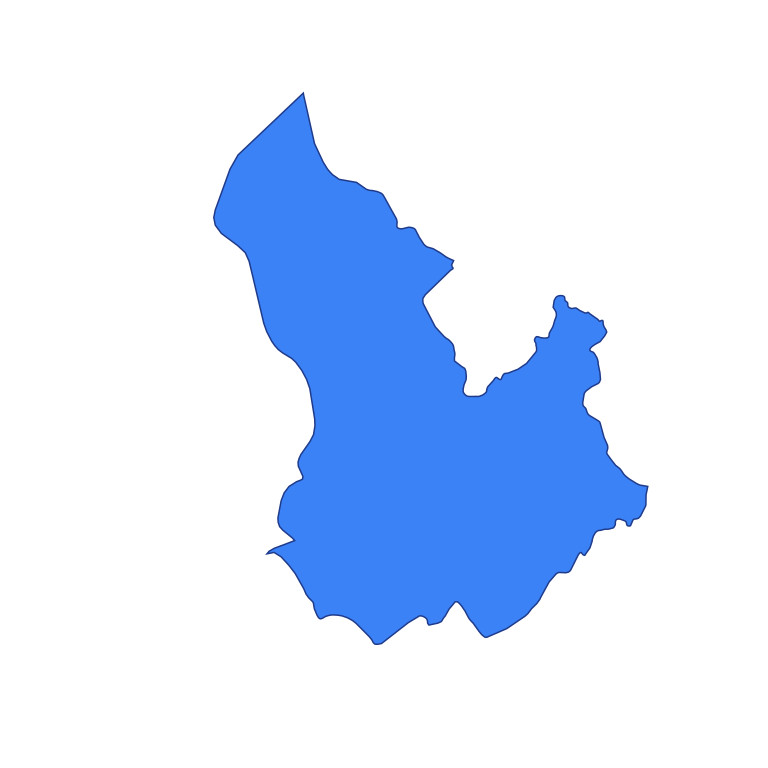 outline of Faryab, rotated 318°
{"feature_id": "AFG-1745", "entity_name": "Faryab", "entity_type": "Province", "adm_level": 1, "iso_a3": "AFG", "parent_name": "Afghanistan", "parent_adm1": "", "projection": "natural_earth1", "projection_center": [65.119, 36.214], "detail": "fine", "context": "isolated", "style": "filled", "palette": "blue", "viewbox_px": 768, "rotation_deg": 318, "n_neighbors": 0, "source": "natural_earth", "source_scale": "10m", "svg_char_len": 5487}
<svg xmlns="http://www.w3.org/2000/svg" viewBox="0 0 768 768"><g transform="rotate(318 384 384)"><path d="M358.2,216.7L365.9,202.5L368.8,193.6L367.9,183.3L363.9,163.3L364.9,153.1L368.9,146.4L375.0,141.8L413.3,121.3L428.9,116.1L518.7,113.8L517.5,115.7L493.2,158.9L487.3,178.3L485.8,186.5L485.7,190.3L485.8,194.0L487.6,201.9L498.5,215.8L501.0,226.9L501.6,228.3L503.0,230.6L504.6,232.2L507.5,236.1L508.8,238.6L509.7,240.8L509.8,242.3L509.7,243.4L508.3,249.8L506.4,257.8L503.8,269.3L503.2,270.7L501.9,272.7L500.7,273.7L499.1,275.4L498.6,276.4L498.7,277.4L499.3,278.6L500.2,279.8L501.5,280.9L506.9,283.8L508.1,284.9L509.2,286.2L510.3,288.1L510.6,289.3L510.6,290.3L508.4,298.5L507.1,306.8L507.3,309.1L507.8,311.1L511.1,316.4L513.7,324.7L515.0,330.6L515.9,333.3L518.3,338.9L514.0,340.7L513.0,342.7L512.9,344.0L512.4,344.4L511.8,344.4L509.4,344.0L474.4,345.3L470.3,346.4L469.2,347.4L467.6,349.3L466.8,351.0L460.3,375.9L460.4,388.2L460.6,390.3L460.9,392.0L461.4,393.4L461.7,395.0L461.8,397.0L461.7,400.0L461.3,401.7L460.6,403.0L458.9,405.6L457.4,408.3L456.7,409.2L455.0,410.8L454.1,411.4L451.8,414.0L453.4,422.9L454.4,426.3L454.1,427.5L453.3,429.3L450.5,433.1L449.2,434.5L448.1,435.5L447.2,436.1L443.0,438.1L439.6,440.6L438.3,441.9L437.5,443.1L437.2,444.4L437.1,445.7L437.2,447.0L437.5,448.1L437.9,449.0L439.0,450.3L440.1,451.3L446.3,456.8L449.9,458.2L452.5,458.5L453.9,458.5L455.1,458.2L457.2,456.5L459.2,455.5L467.7,454.6L470.0,454.0L471.0,454.0L471.8,454.2L472.2,454.8L472.4,455.5L472.7,457.3L473.3,458.5L474.0,458.8L474.7,458.7L476.8,457.6L478.9,456.9L480.0,456.8L480.8,457.0L482.6,458.3L483.7,459.0L493.5,462.7L503.7,464.1L518.2,461.9L519.3,461.5L520.1,460.9L521.6,459.2L522.7,457.2L523.8,455.8L524.2,455.1L524.4,454.4L524.5,453.5L524.9,452.6L525.5,451.8L527.1,451.0L528.2,450.8L529.0,450.9L529.6,451.4L530.2,452.1L531.2,454.0L532.2,455.3L533.7,457.0L535.8,458.7L537.0,459.2L537.9,459.2L538.6,458.8L540.7,457.0L541.4,456.6L547.4,454.6L549.3,453.6L553.0,451.2L556.5,449.4L557.3,448.9L558.0,448.3L558.7,447.5L559.4,446.7L559.9,445.6L560.3,444.4L560.8,441.9L561.0,440.2L566.4,435.8L569.7,434.7L571.2,434.8L572.5,435.2L573.7,435.9L574.9,436.9L575.8,438.0L576.3,439.1L576.4,440.0L576.2,440.5L574.7,442.6L574.5,443.2L574.5,443.6L574.8,445.8L574.8,446.4L574.5,446.9L574.0,447.7L573.3,448.4L572.8,449.4L572.6,450.6L573.5,452.9L574.6,454.0L576.5,455.1L577.2,455.7L577.7,456.3L578.6,460.2L580.7,465.3L581.2,466.0L581.8,466.7L583.2,467.0L583.6,467.3L583.8,468.1L583.9,469.3L586.1,478.9L586.1,481.0L586.3,481.6L586.4,481.9L587.0,482.0L587.7,482.1L588.7,482.7L589.0,483.3L588.7,484.0L587.0,486.1L586.3,487.6L585.7,489.2L585.2,492.1L584.7,493.5L584.3,494.4L583.9,494.6L580.2,495.9L573.0,497.1L567.4,495.8L563.6,495.3L562.6,495.4L561.4,495.5L559.9,496.2L559.5,497.1L559.6,498.1L560.6,500.0L560.8,501.3L560.6,502.9L559.8,506.9L559.0,508.8L557.8,511.0L556.7,512.2L552.0,520.1L547.9,525.5L545.3,526.8L544.2,526.9L543.1,526.8L536.5,525.0L529.8,524.4L527.8,524.6L526.2,525.2L519.5,530.6L518.2,532.1L517.5,533.4L517.5,535.0L517.6,536.8L517.5,537.3L517.2,538.2L516.1,540.6L515.5,542.6L515.5,543.5L515.5,544.1L515.7,545.1L518.4,554.0L518.8,555.7L518.8,556.4L518.8,556.9L518.3,558.0L511.8,570.9L509.1,579.1L508.1,580.6L506.9,581.8L504.0,583.6L503.3,584.5L502.9,585.5L502.2,592.0L501.7,599.4L502.6,604.4L502.5,606.9L501.8,611.8L502.0,614.8L502.7,618.8L505.1,627.0L505.9,629.0L506.8,630.7L511.5,636.6L504.6,641.7L497.9,648.9L496.8,649.7L486.3,653.8L483.2,654.0L481.5,653.2L480.6,652.6L479.7,651.9L478.9,651.7L477.8,651.7L474.1,653.5L473.5,653.7L473.0,653.9L472.6,654.2L472.1,654.2L471.4,653.8L470.3,652.6L470.1,651.6L470.4,650.7L471.3,649.3L471.6,648.6L471.6,647.7L471.4,646.8L469.3,642.9L468.5,641.8L467.4,640.8L466.2,640.4L465.0,640.4L463.6,641.4L462.0,643.1L461.2,643.6L458.7,644.4L458.0,644.3L454.1,642.3L453.3,641.8L451.3,640.0L450.1,639.2L447.4,637.9L445.3,636.4L443.7,635.9L441.6,635.9L437.9,637.1L435.0,638.8L433.3,640.2L427.4,643.6L419.8,645.3L419.1,645.6L418.6,645.6L418.2,645.3L417.7,644.1L417.7,643.0L417.8,642.0L417.7,641.2L417.3,640.7L416.1,640.6L414.2,640.9L398.2,647.2L396.7,647.4L395.2,647.2L392.9,646.0L388.0,641.2L386.6,640.5L384.4,640.3L374.2,641.6L358.0,647.3L355.7,648.3L350.6,649.4L343.5,649.7L337.2,650.9L333.3,650.9L311.5,647.9L291.2,641.1L290.0,640.3L289.4,639.1L288.9,635.7L289.1,631.3L290.2,621.7L290.1,617.5L290.3,614.9L292.3,606.9L293.1,601.0L293.2,597.7L292.9,595.1L291.2,593.5L281.9,594.8L274.1,597.4L271.8,597.7L267.8,598.9L266.2,598.5L263.9,597.7L256.1,593.2L256.3,591.1L257.7,589.2L258.0,588.6L258.5,587.4L258.5,586.1L258.2,584.7L257.6,583.0L256.7,581.5L255.3,580.1L242.3,577.6L208.5,575.2L206.3,573.9L205.2,573.2L204.2,572.3L203.3,571.4L203.0,570.3L203.0,568.9L203.7,566.3L203.9,564.1L204.0,561.5L203.1,543.1L202.3,538.6L200.5,533.4L197.7,528.3L195.1,525.0L191.5,521.4L189.4,519.8L187.4,518.7L184.6,517.5L182.2,517.1L180.7,516.6L179.4,515.8L179.0,513.8L179.6,510.8L181.8,504.5L185.0,499.4L185.3,498.1L185.0,492.6L185.5,488.0L187.4,482.4L191.2,465.4L192.0,455.1L191.9,443.5L189.6,435.6L183.4,431.9L186.7,431.4L192.6,432.7L212.8,440.6L212.9,437.3L211.0,424.9L211.0,420.2L212.8,416.0L215.5,412.6L229.5,401.9L237.0,398.1L244.9,396.6L253.7,398.1L257.2,399.5L259.8,400.2L261.9,398.4L265.3,387.8L267.8,384.6L271.1,382.5L275.0,380.8L290.6,377.2L297.7,374.5L304.8,368.8L309.1,363.6L325.8,337.8L329.6,328.7L332.0,319.0L333.0,308.6L332.5,303.1L329.5,293.1L328.5,287.7L328.5,282.4L329.2,277.0L331.9,266.6L335.4,258.2L358.2,216.7Z" fill="#3b82f6" stroke="#1e3a8a" stroke-width="1.5"/></g></svg>